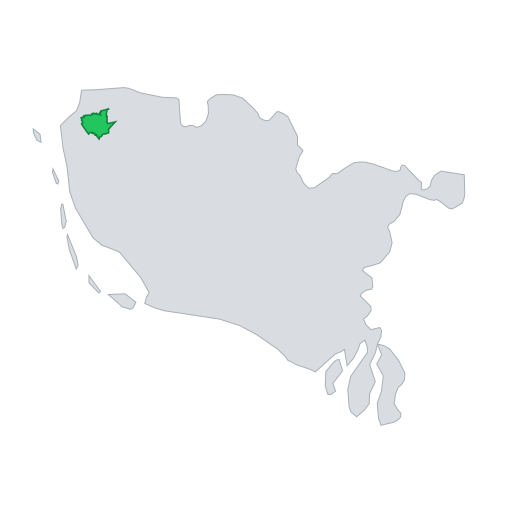 Midden-Groningen, Groningen, Netherlands (highlighted), rotated 266°
{"feature_id": "6326949B36639676585237", "entity_name": "Midden-Groningen", "entity_type": "district", "adm_level": 2, "iso_a3": "NLD", "parent_name": "Netherlands", "parent_adm1": "Groningen", "projection": "orthographic", "projection_center": [6.809, 53.185], "detail": "fine", "context": "in_parent", "style": "filled", "palette": "green", "viewbox_px": 512, "rotation_deg": 266, "n_neighbors": 0, "source": "geoboundaries", "source_scale": "gbopen_adm2", "svg_char_len": 6053}
<svg xmlns="http://www.w3.org/2000/svg" viewBox="0 0 512 512"><g transform="rotate(266 256 256)"><path d="M322.5,469.4L312.9,469.0L304.0,468.6L299.3,467.7L294.3,465.4L292.0,460.7L289.3,455.1L290.2,451.7L298.7,442.1L299.9,439.4L299.1,438.0L300.0,433.7L306.6,419.3L307.5,413.5L304.7,409.4L300.6,406.9L287.3,402.4L281.1,396.2L278.2,390.8L275.3,389.3L270.9,391.0L259.8,392.7L250.8,389.7L240.5,379.4L238.2,370.4L237.1,363.5L234.5,361.0L230.9,364.5L226.2,370.0L217.3,370.4L214.8,369.0L214.5,365.9L214.0,362.9L211.7,359.2L209.1,357.1L197.6,367.1L193.4,366.9L188.2,362.8L185.7,358.8L179.9,360.8L174.5,365.5L176.0,374.5L173.1,376.0L166.7,375.0L159.6,371.0L151.6,368.5L139.6,361.9L122.3,366.2L110.7,359.7L100.8,358.6L94.9,353.6L88.6,345.2L93.6,340.0L98.2,338.4L116.2,338.2L129.2,342.0L152.1,360.5L158.1,360.6L164.5,358.6L161.4,353.7L155.6,351.2L147.0,346.1L140.3,339.2L156.8,337.7L154.6,334.1L152.7,328.2L136.2,307.1L139.3,301.7L144.1,290.0L149.9,280.3L154.3,277.8L161.5,271.1L177.5,251.2L187.8,234.8L195.6,215.2L207.7,161.0L211.1,151.8L216.4,141.7L222.6,143.8L226.9,146.9L242.6,139.5L269.6,119.9L277.8,102.6L285.6,94.6L316.2,79.3L332.9,74.7L358.7,73.7L377.4,71.0L399.8,70.0L408.3,79.8L413.2,86.9L421.2,90.8L433.6,93.5L433.0,107.6L433.2,135.5L432.3,140.5L426.7,152.3L420.9,173.5L419.3,187.4L417.5,190.0L393.6,190.0L390.2,192.4L389.8,195.4L391.0,198.9L390.4,202.5L388.5,205.4L389.5,210.0L393.7,215.2L401.2,218.5L409.4,218.8L413.5,218.2L416.6,221.9L419.6,227.7L419.4,234.9L418.3,244.6L414.4,253.6L403.3,264.0L398.3,267.7L393.6,269.5L391.4,272.3L390.3,275.7L390.6,278.8L398.5,287.1L398.3,289.0L396.0,293.4L393.0,297.4L372.4,305.8L363.9,305.1L359.0,309.3L357.5,310.1L352.1,306.2L340.2,301.7L335.6,303.2L333.1,305.6L325.5,308.5L320.0,313.0L320.0,319.0L329.4,334.6L332.7,337.7L332.8,343.5L337.4,350.8L342.1,359.9L342.6,365.7L342.0,371.5L339.4,379.8L330.9,399.1L330.7,402.9L331.4,405.7L334.3,406.5L336.5,408.0L335.8,410.6L319.9,423.9L317.8,426.2L311.2,425.5L310.2,427.7L311.0,431.4L313.6,434.6L319.2,436.3L324.0,439.8L327.8,446.5L322.5,469.4ZM159.6,371.0L158.0,376.6L154.2,382.7L141.6,391.1L128.5,396.4L121.9,395.4L117.5,392.2L115.2,388.9L108.5,385.5L99.1,383.5L93.1,386.6L88.8,389.6L85.1,388.9L82.5,386.1L80.6,381.9L78.4,368.9L85.5,366.9L100.7,366.7L112.3,371.7L127.6,374.6L139.7,368.9L148.8,374.5L159.6,371.0ZM136.0,317.7L144.6,326.1L146.5,328.8L147.1,331.6L135.5,334.4L123.7,323.9L115.6,325.9L112.8,321.1L112.9,318.1L121.3,316.0L136.0,317.7ZM227.4,122.8L218.3,133.0L213.0,129.9L211.5,127.5L214.4,119.3L227.9,106.0L227.4,122.8ZM267.6,76.9L259.3,77.9L255.6,75.7L275.7,70.2L288.3,68.7L290.5,69.5L267.6,76.9ZM321.3,66.9L303.8,69.1L297.9,67.1L296.9,65.4L301.7,64.5L316.6,64.4L321.2,66.0L321.3,66.9ZM248.1,88.0L231.4,98.5L230.0,96.7L240.9,87.5L248.1,88.0ZM392.6,49.0L384.4,49.5L386.7,45.5L394.3,42.6L398.4,42.6L392.6,49.0ZM357.1,59.5L344.6,64.5L341.6,63.4L342.4,61.9L353.3,58.9L357.1,59.5Z" fill="#d9dde1" stroke="#a8b0b8" stroke-width="1"/><path d="M389.0,117.5L390.3,117.7L390.5,117.7L391.3,117.7L392.7,117.8L393.2,118.3L393.2,118.2L393.3,118.3L393.4,118.5L393.6,118.6L393.7,118.9L393.8,119.0L394.0,119.0L399.6,125.0L399.2,123.1L399.3,123.1L399.1,122.4L399.1,121.9L398.5,117.9L398.8,117.7L398.6,117.1L400.2,116.4L400.4,116.8L402.3,117.0L402.3,116.9L404.2,117.1L404.9,117.2L404.9,116.9L405.2,117.0L405.3,117.0L405.4,116.9L405.7,117.0L405.7,116.9L405.8,116.9L405.9,116.7L406.0,116.5L406.0,116.4L406.4,116.5L407.0,116.6L407.6,116.6L410.3,117.1L410.8,117.3L411.0,117.3L411.4,117.5L411.5,117.5L412.5,117.7L412.5,117.8L412.7,119.2L413.1,119.1L413.0,118.9L412.6,117.0L412.5,116.4L412.3,115.8L412.2,115.3L412.2,115.2L412.1,114.3L411.7,111.9L411.1,111.9L411.1,110.9L409.9,111.0L409.8,110.4L407.5,110.8L407.9,110.3L408.0,110.2L408.3,110.0L408.2,110.0L407.9,109.9L407.9,109.7L408.0,109.6L408.3,109.5L408.3,109.4L408.3,109.1L408.2,109.0L408.2,108.6L408.3,108.6L408.4,108.4L408.6,107.8L408.6,107.7L408.8,107.4L408.9,107.1L409.2,107.2L409.3,107.2L409.4,106.9L409.5,106.7L408.7,106.5L408.9,106.0L409.2,105.3L409.3,105.2L409.0,104.7L409.7,104.1L409.8,103.9L409.6,103.7L409.4,103.1L409.2,102.8L409.5,102.6L409.0,101.8L408.9,101.8L408.6,102.0L408.3,102.1L408.1,101.4L408.0,100.8L408.0,100.4L408.0,100.2L408.2,99.4L408.2,98.1L408.3,96.4L408.0,96.4L408.1,95.7L407.9,95.6L408.0,95.0L407.9,95.0L408.0,94.1L407.9,94.1L407.2,94.0L406.9,94.0L406.6,94.0L406.1,94.1L406.0,93.9L406.0,93.7L406.3,93.5L406.8,93.1L406.6,92.8L406.4,92.9L406.2,92.5L406.4,92.4L406.1,91.3L406.1,91.2L405.9,91.3L405.7,91.3L405.4,91.3L405.4,91.5L405.2,91.5L404.9,91.6L403.7,91.7L403.3,91.4L403.2,91.5L402.9,91.5L402.9,91.4L402.8,91.7L402.7,91.9L402.6,92.0L402.4,92.4L401.7,92.4L400.8,92.3L400.6,91.6L400.5,91.3L400.1,91.5L399.9,91.6L399.6,91.3L397.1,92.7L394.6,94.2L394.5,94.3L393.3,95.0L392.5,95.4L392.3,95.5L390.9,96.5L389.3,97.5L389.5,97.7L389.8,97.9L389.7,98.1L390.3,98.6L390.5,98.8L390.7,99.1L391.0,99.6L390.7,99.9L390.6,100.1L390.3,100.4L390.2,100.6L390.1,100.8L390.3,101.0L390.1,101.0L390.0,101.4L390.1,101.5L389.9,101.6L390.1,101.8L390.2,102.0L389.9,102.1L390.0,102.2L389.9,102.3L389.8,102.5L389.7,102.6L389.6,102.8L389.5,103.0L389.4,103.1L389.3,103.3L389.2,103.3L389.2,103.5L389.3,103.7L389.2,103.7L388.9,103.7L388.8,103.9L388.7,103.9L388.6,104.0L388.4,104.0L388.1,104.1L387.9,104.2L387.7,104.1L387.7,104.3L387.6,104.6L387.8,104.6L387.9,104.8L387.9,105.1L388.0,105.5L387.9,105.6L387.7,105.7L387.1,105.7L386.9,105.7L386.7,105.6L386.0,105.9L385.9,105.9L385.7,106.1L385.5,106.3L385.4,106.4L385.1,106.6L385.0,106.8L384.6,106.9L384.3,107.1L384.0,107.3L384.3,107.4L384.7,107.6L384.4,107.7L384.0,107.9L384.2,108.0L384.5,108.1L385.2,108.5L385.5,108.6L385.7,108.8L385.8,109.1L385.9,109.3L386.0,109.9L386.0,110.0L386.2,110.3L386.3,110.3L386.6,110.4L386.7,110.5L386.8,110.7L386.9,110.8L387.1,110.9L387.3,111.0L387.5,111.1L387.6,111.3L387.7,111.5L387.9,111.7L388.0,111.8L388.1,112.0L388.2,112.3L388.3,112.4L388.4,112.5L388.5,112.8L388.5,113.1L388.4,113.3L388.2,113.4L388.2,113.5L388.2,113.8L388.3,113.8L388.4,114.0L388.5,114.3L388.7,115.7L388.8,116.4L389.0,117.5Z" fill="#22c55e" stroke="#15803d" stroke-width="1.5"/></g></svg>